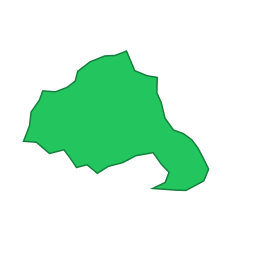 Agios Ioannis Malountas, Nicosia, Cyprus (Natural Earth projection), rotated 211°
{"feature_id": "46923920B28301688096531", "entity_name": "Agios Ioannis Malountas", "entity_type": "district", "adm_level": 2, "iso_a3": "CYP", "parent_name": "Cyprus", "parent_adm1": "Nicosia", "projection": "natural_earth1", "projection_center": [33.174, 35.073], "detail": "fine", "context": "isolated", "style": "filled", "palette": "green", "viewbox_px": 256, "rotation_deg": 211, "n_neighbors": 0, "source": "geoboundaries", "source_scale": "gbopen_adm2", "svg_char_len": 670}
<svg xmlns="http://www.w3.org/2000/svg" viewBox="0 0 256 256"><g transform="rotate(211 128 128)"><path d="M151.8,67.6L144.2,75.4L130.9,73.4L125.1,85.0L114.7,95.6L107.1,108.2L93.8,119.8L80.5,114.0L70.0,111.1L68.1,100.5L75.7,88.9L54.8,99.5L46.2,104.3L35.8,121.7L37.7,134.3L48.1,141.0L57.6,146.8L67.1,150.7L77.6,151.7L88.1,149.7L101.4,155.5L112.8,167.1L121.3,172.9L129.0,186.4L138.5,182.6L151.8,180.6L168.9,193.2L176.5,183.5L185.1,177.7L194.6,165.2L200.3,150.7L197.4,141.0L201.2,131.4L208.8,121.7L220.2,115.9L218.3,106.3L219.3,91.8L213.6,79.2L210.7,62.8L199.3,68.6L182.2,65.7L171.7,76.3L162.2,72.5L151.8,67.6Z" fill="#22c55e" stroke="#15803d" stroke-width="1.5"/></g></svg>